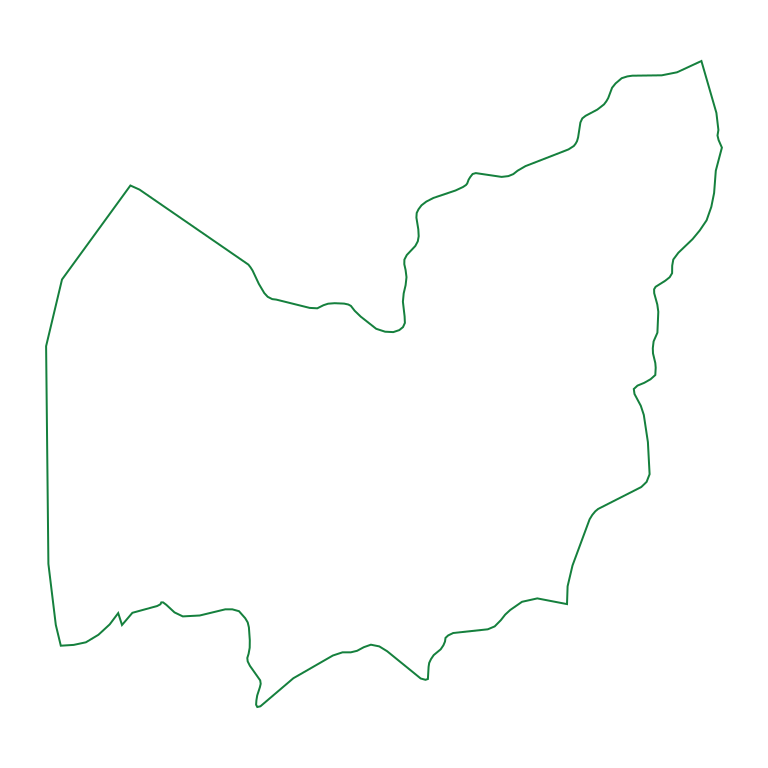 Manzini, Natural Earth projection
{"feature_id": "SWZ-536", "entity_name": "Manzini", "entity_type": "District", "adm_level": 1, "iso_a3": "SWZ", "parent_name": "eSwatini", "parent_adm1": "", "projection": "natural_earth1", "projection_center": [31.309, -26.515], "detail": "fine", "context": "isolated", "style": "outline", "palette": "green", "viewbox_px": 768, "rotation_deg": 0, "n_neighbors": 0, "source": "natural_earth", "source_scale": "10m", "svg_char_len": 2460}
<svg xmlns="http://www.w3.org/2000/svg" viewBox="0 0 768 768"><path d="M60.8,645.7L55.8,624.9L48.4,563.9L47.1,441.0L46.1,346.2L62.0,279.5L130.4,185.5L139.5,189.6L248.4,264.6L250.5,267.3L252.6,270.6L258.8,283.8L264.3,293.1L267.7,296.8L272.2,299.1L276.3,299.6L309.7,307.9L317.3,308.3L323.5,305.2L328.1,303.7L334.6,303.2L344.1,303.6L348.3,304.5L350.9,305.9L354.7,310.8L360.7,316.6L376.2,328.8L385.1,331.7L393.3,332.1L399.3,330.1L403.0,327.1L404.9,322.9L404.6,316.4L402.9,301.7L403.7,293.3L405.6,285.2L406.5,277.2L405.6,270.1L404.3,264.2L404.4,259.6L406.8,255.0L415.3,246.0L417.8,241.3L418.7,236.2L418.3,229.3L416.4,217.6L416.7,213.0L418.5,209.3L421.5,205.3L426.3,201.6L433.5,197.9L455.5,190.5L463.0,187.0L466.0,185.0L467.2,183.5L468.6,179.7L470.2,177.1L472.6,174.0L475.8,173.1L501.6,176.9L508.4,176.1L513.3,174.1L517.6,170.7L525.5,166.1L568.5,149.4L573.8,146.0L575.6,143.7L577.0,141.2L578.1,137.4L580.4,122.5L582.3,118.4L585.6,115.8L597.3,109.6L604.0,104.4L606.4,101.2L608.2,98.1L612.1,87.7L615.6,83.4L621.7,78.2L627.4,76.4L632.3,75.7L661.8,75.3L677.0,72.3L701.4,61.0L716.4,112.9L718.4,130.0L717.5,135.5L718.6,140.1L721.9,147.6L715.8,170.7L714.1,193.0L711.3,206.9L706.6,220.3L699.7,230.5L692.5,239.2L678.4,252.7L673.3,259.5L672.2,265.7L672.1,273.2L669.7,277.2L665.3,280.7L655.6,286.8L654.1,289.3L654.2,293.2L657.3,304.5L658.3,311.8L657.4,332.7L653.6,341.4L652.8,348.2L653.0,353.4L655.3,363.0L655.7,367.7L655.3,375.0L650.6,379.2L644.3,382.8L637.5,385.6L633.8,389.0L634.5,394.0L640.8,405.8L643.8,414.9L647.9,442.1L649.6,474.2L646.6,481.9L641.3,487.0L598.2,508.9L595.3,511.3L592.3,514.9L589.6,519.3L572.5,565.5L567.6,586.3L567.0,604.1L537.3,598.4L522.0,601.8L510.2,610.0L505.2,614.6L500.9,620.1L494.7,626.4L487.8,629.3L453.2,633.0L448.2,635.4L445.5,637.9L445.0,641.5L443.4,645.3L440.7,649.3L433.7,655.1L431.0,659.1L429.2,662.9L428.6,666.8L427.9,679.0L425.5,679.8L420.7,678.5L387.1,651.2L379.3,646.4L370.9,644.7L363.8,647.2L357.1,650.8L350.9,652.3L342.6,652.3L332.9,655.5L293.4,678.2L260.4,706.3L257.3,707.0L256.1,704.7L256.4,700.4L257.2,695.5L259.9,687.2L260.7,683.8L260.2,680.4L249.9,665.8L247.7,661.4L247.3,658.0L248.6,653.8L249.7,647.7L249.8,640.2L248.9,627.4L247.7,622.4L245.2,618.2L239.0,611.2L232.2,609.3L225.4,609.3L199.7,615.5L182.8,616.4L174.5,612.4L166.3,604.8L163.1,602.4L161.3,602.4L160.4,604.3L157.2,606.0L132.4,612.8L122.0,625.0L118.2,613.1L109.7,624.4L98.4,634.8L85.9,642.3L73.7,644.9L60.8,645.7Z" fill="none" stroke="#15803d" stroke-width="2"/></svg>